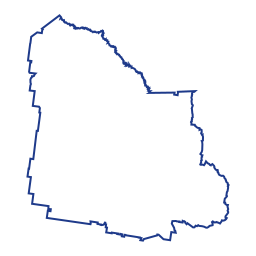 outline of Parkes, New South Wales, Australia
{"feature_id": "25037944B17305446148962", "entity_name": "Parkes", "entity_type": "district", "adm_level": 2, "iso_a3": "AUS", "parent_name": "Australia", "parent_adm1": "New South Wales", "projection": "mercator", "projection_center": [147.963, -32.823], "detail": "fine", "context": "isolated", "style": "outline", "palette": "blue", "viewbox_px": 256, "rotation_deg": 0, "n_neighbors": 0, "source": "geoboundaries", "source_scale": "gbopen_adm2", "svg_char_len": 5714}
<svg xmlns="http://www.w3.org/2000/svg" viewBox="0 0 256 256"><path d="M195.1,91.1L177.9,91.8L178.0,92.2L177.6,95.2L174.2,94.6L174.6,92.6L149.4,92.9L149.9,92.6L149.8,92.0L149.4,91.7L150.0,91.2L148.9,91.2L148.8,90.6L148.3,90.6L148.9,89.5L148.4,89.7L147.7,89.1L148.5,88.0L147.9,88.1L147.9,86.9L147.1,87.0L147.2,86.7L146.8,86.7L146.5,85.9L146.2,85.9L146.0,85.4L145.5,85.4L145.7,85.0L145.1,84.7L145.2,83.7L144.9,83.5L145.1,83.2L144.6,82.8L145.1,82.4L144.6,81.7L145.3,81.7L145.3,81.1L145.0,80.6L144.8,81.0L144.1,80.4L144.2,80.1L143.2,78.4L143.3,78.2L142.9,78.0L143.1,77.6L142.9,77.0L142.4,76.4L142.0,76.5L142.1,75.6L141.8,75.4L142.1,74.9L141.8,73.5L140.9,73.7L140.5,73.3L140.8,72.9L140.1,72.4L139.6,73.1L139.0,72.6L138.3,73.1L138.0,72.1L136.8,72.0L136.9,71.4L135.9,71.2L135.3,69.6L134.5,68.8L132.0,67.6L131.6,67.8L131.5,66.6L131.1,66.8L130.6,66.3L129.5,66.5L129.8,65.7L129.5,65.7L129.6,65.4L129.2,64.7L129.2,65.2L128.6,65.2L129.0,65.4L128.6,65.7L128.1,65.2L127.3,65.5L127.6,64.9L127.3,64.5L126.6,64.8L126.9,64.4L126.7,63.7L126.2,64.4L125.9,63.8L125.6,64.5L125.3,63.7L124.6,63.8L124.6,63.4L124.0,63.8L123.5,63.5L123.4,62.9L123.8,63.0L123.5,62.2L123.8,61.2L123.4,61.0L122.9,59.6L122.1,59.1L122.1,58.5L121.1,57.6L121.2,57.2L120.3,56.8L120.1,56.1L119.4,55.7L119.2,54.8L118.6,54.8L117.8,53.9L117.3,54.0L117.0,53.7L116.8,54.0L115.3,52.3L115.6,52.1L115.2,51.9L115.2,51.6L115.9,50.8L115.5,50.7L115.1,50.1L115.7,49.2L115.4,49.0L115.8,48.1L115.5,47.4L115.2,47.1L115.0,47.4L113.5,47.1L113.3,46.8L113.7,46.4L113.3,46.1L112.4,46.2L112.6,46.6L112.2,46.8L111.8,46.2L111.0,46.4L110.7,45.7L109.5,45.4L109.3,44.2L108.1,43.0L108.2,42.5L107.8,42.7L108.2,41.8L107.4,41.3L107.4,40.8L107.0,40.8L107.1,40.2L105.4,40.0L105.6,39.1L104.8,39.5L104.2,38.9L103.6,38.8L103.7,38.4L103.0,37.9L102.4,36.6L102.6,36.3L102.2,36.3L101.8,35.8L102.2,34.6L103.1,34.4L103.1,33.6L102.7,33.1L102.8,32.6L103.3,32.6L103.1,32.3L103.0,30.9L102.5,30.6L102.1,31.2L101.1,31.0L100.8,31.7L99.7,32.0L98.7,32.9L98.3,32.1L96.6,32.5L95.0,31.6L94.7,32.0L93.3,31.7L92.9,32.1L92.4,31.6L90.7,31.0L90.7,30.3L90.3,29.9L90.1,30.3L89.3,30.0L88.5,29.6L88.4,29.2L87.7,29.5L86.3,28.6L86.5,28.2L85.5,28.1L85.4,27.8L84.7,27.9L84.8,28.4L84.4,28.8L83.8,28.6L84.3,28.3L84.0,27.9L82.7,27.4L81.3,27.6L80.1,28.4L79.2,28.5L78.5,28.0L77.5,28.4L77.5,28.0L77.1,27.9L76.7,28.4L76.2,28.1L75.3,28.7L74.9,28.1L74.3,28.1L74.5,27.3L74.2,26.6L74.9,26.5L74.5,25.9L73.6,26.1L73.3,24.8L72.3,25.1L72.0,24.6L70.5,25.4L70.2,24.4L69.9,24.4L70.2,25.0L69.9,25.1L69.1,23.7L67.7,23.9L66.1,22.4L65.3,22.7L65.1,22.2L64.3,22.0L64.0,20.4L63.5,20.7L63.2,20.1L62.3,20.0L61.9,19.7L61.7,18.6L61.2,18.6L60.9,18.1L60.6,18.3L61.0,17.1L59.5,15.4L41.9,28.7L42.7,29.5L42.3,29.8L41.8,33.1L37.2,32.4L31.2,36.8L30.4,43.2L30.2,43.4L28.0,60.5L31.4,61.0L31.2,62.4L30.3,62.3L29.1,71.8L29.6,72.8L35.5,73.5L34.6,74.4L34.0,75.9L33.1,76.3L32.0,76.2L31.8,77.4L31.1,77.9L30.4,79.6L30.5,82.7L30.9,84.0L30.4,85.4L29.7,90.5L34.7,91.1L32.8,105.9L39.0,106.7L39.9,108.1L39.3,112.5L40.3,112.7L37.9,130.9L36.7,130.8L33.3,159.1L30.4,158.7L29.1,168.7L28.6,168.6L27.5,176.6L30.9,177.1L28.7,193.4L33.4,194.0L32.1,203.8L48.5,206.1L48.3,208.9L50.8,209.2L50.5,211.2L47.8,210.8L46.8,217.9L90.5,224.2L90.7,223.5L90.5,221.4L97.7,222.5L97.3,224.8L97.5,224.3L98.5,223.9L100.6,224.9L101.2,225.0L101.3,224.6L102.1,225.0L103.6,224.7L104.2,223.9L104.8,223.8L104.6,223.2L104.9,222.6L105.3,222.7L105.1,224.2L106.1,224.4L105.7,227.3L107.0,227.6L106.2,232.4L111.7,233.3L111.8,232.6L117.8,233.5L117.5,234.1L120.4,234.6L120.5,233.9L122.1,234.3L121.8,236.3L124.2,236.7L124.5,234.8L125.4,234.9L125.4,235.2L139.4,237.4L139.2,237.7L141.4,238.1L140.4,240.2L143.0,240.6L143.8,239.1L157.1,235.4L157.3,234.5L158.6,234.7L163.5,239.2L170.1,240.2L171.3,232.1L175.7,232.7L175.2,230.7L174.5,230.2L174.1,227.8L171.8,223.6L172.4,221.1L176.0,221.0L176.8,221.4L179.3,221.5L179.2,222.0L182.5,222.5L182.7,220.9L183.7,221.4L184.2,221.2L185.2,221.9L185.2,222.7L186.4,224.0L186.6,224.2L187.4,223.2L193.1,227.4L194.5,227.3L195.6,225.7L197.0,226.2L198.2,225.2L199.1,225.9L202.1,226.2L204.1,226.7L206.2,227.7L207.1,227.7L208.6,226.9L209.5,225.9L212.6,225.2L212.7,223.9L212.0,222.1L212.8,221.4L213.8,222.1L214.9,222.5L216.7,222.0L217.0,222.4L218.2,222.6L220.0,223.5L221.8,221.0L221.9,220.4L223.6,220.6L224.9,220.1L226.1,219.1L226.7,218.1L225.5,217.7L225.5,216.3L228.1,212.8L228.2,212.0L227.6,210.7L228.2,209.1L227.5,206.6L227.9,205.0L226.6,204.9L225.3,203.9L225.2,202.7L224.4,202.6L224.5,202.3L224.2,202.2L224.8,198.7L226.9,196.4L226.9,195.9L226.4,195.5L226.9,192.1L227.5,191.2L228.1,188.0L228.1,187.0L227.8,186.5L228.5,185.4L228.5,184.9L227.8,184.7L227.8,183.2L226.2,181.7L226.0,180.2L225.6,179.9L225.5,179.1L224.5,178.1L224.1,176.6L223.0,175.7L221.6,175.9L219.3,174.9L218.6,173.8L218.4,172.8L218.0,172.6L217.5,171.8L217.9,171.2L217.6,170.0L216.6,170.1L215.7,169.6L214.3,167.6L214.4,166.7L214.1,165.9L212.4,164.1L211.0,165.0L210.5,164.9L210.5,165.2L210.0,165.0L209.1,163.9L207.6,163.2L206.0,161.4L204.8,164.1L204.0,165.2L202.6,164.6L200.9,164.8L200.3,164.5L201.2,162.1L201.1,160.6L201.8,160.1L201.5,159.0L201.6,157.2L202.1,156.8L201.9,156.3L202.4,155.3L201.7,155.1L200.4,154.0L201.7,152.0L202.2,150.2L202.4,144.1L202.1,141.4L201.8,141.0L202.9,140.5L203.0,137.4L202.9,136.2L202.5,135.5L202.6,134.5L201.9,134.7L201.1,133.2L201.7,132.3L201.6,130.0L200.5,129.3L199.5,129.8L199.5,128.1L197.6,127.8L196.3,126.9L195.9,126.3L195.2,126.0L194.8,124.8L191.4,124.6L191.5,122.9L191.0,122.1L191.2,121.6L191.9,121.1L191.7,120.0L192.1,119.4L191.9,118.0L192.7,117.4L192.6,114.2L192.3,113.3L191.9,108.7L191.7,108.4L192.8,105.5L192.7,105.0L191.9,104.2L191.5,101.1L191.9,99.6L191.4,97.4L192.0,95.9L191.8,95.2L192.2,94.6L192.0,93.5L192.6,92.0L194.3,91.8L195.1,91.1Z" fill="none" stroke="#1e3a8a" stroke-width="2"/></svg>